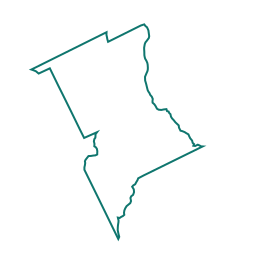 Primavera de Rondônia, Rondônia, Brazil, rotated 334°
{"feature_id": "56859067B52745918565634", "entity_name": "Primavera de Rondônia", "entity_type": "district", "adm_level": 2, "iso_a3": "BRA", "parent_name": "Brazil", "parent_adm1": "Rondônia", "projection": "albers", "projection_center": [-61.3, -11.908], "detail": "fine", "context": "isolated", "style": "outline", "palette": "teal", "viewbox_px": 256, "rotation_deg": 334, "n_neighbors": 0, "source": "geoboundaries", "source_scale": "gbopen_adm2", "svg_char_len": 1791}
<svg xmlns="http://www.w3.org/2000/svg" viewBox="0 0 256 256"><g transform="rotate(334 128 128)"><path d="M71.6,39.9L83.9,40.1L83.9,59.7L84.0,69.2L84.1,88.6L84.1,98.2L84.1,107.9L84.2,117.7L98.3,118.2L96.0,119.4L95.3,120.9L94.4,122.4L92.9,123.2L91.5,125.0L90.9,127.6L89.7,129.7L90.6,131.1L90.9,133.0L90.3,135.3L88.7,138.3L86.7,138.3L84.6,137.5L82.5,136.9L80.2,135.9L77.7,137.1L75.9,138.0L74.7,139.0L74.2,140.7L72.9,142.6L71.6,144.2L70.5,146.5L70.6,177.9L70.6,223.5L72.4,222.0L73.0,219.0L74.0,215.2L75.3,212.8L76.3,211.1L78.1,208.5L78.9,207.1L79.6,204.1L81.0,205.2L82.9,204.9L84.8,204.9L86.6,204.4L87.2,202.5L88.6,200.5L90.3,199.0L92.5,197.6L97.1,196.5L98.7,195.0L99.5,192.0L100.9,190.8L103.3,190.3L105.3,188.3L106.3,185.7L106.0,182.6L107.6,181.9L109.8,181.7L111.7,180.3L113.6,179.1L115.1,177.7L121.4,177.5L187.0,177.3L185.6,176.5L184.6,175.0L183.4,173.6L180.5,173.6L179.0,172.6L180.3,171.4L179.6,169.7L180.1,167.4L179.4,164.5L179.4,162.0L179.5,160.2L178.0,158.0L177.1,156.5L175.4,154.6L174.0,153.4L174.0,150.0L174.7,147.9L173.1,143.7L172.5,140.9L171.8,138.7L171.6,136.6L172.2,134.2L171.6,132.6L171.7,131.0L170.5,130.0L170.8,127.9L168.3,127.0L165.9,126.4L163.6,125.0L162.5,123.4L162.4,120.4L162.1,118.3L161.2,116.0L161.8,114.6L163.0,112.7L163.1,110.2L162.5,108.0L162.6,106.1L162.3,104.1L162.3,102.5L163.0,99.2L163.5,97.0L163.8,95.4L164.2,92.9L165.7,89.5L168.4,87.1L170.3,85.5L171.3,84.3L172.2,82.7L173.4,79.8L173.9,77.9L174.0,75.5L173.8,73.2L174.1,71.6L174.6,69.8L176.0,66.8L177.0,64.4L177.7,62.9L179.8,60.0L181.2,58.7L182.6,58.1L186.1,56.3L187.3,54.8L188.2,52.0L189.1,49.3L189.2,47.5L189.2,45.7L188.4,44.1L188.0,42.0L184.5,41.5L147.9,41.8L148.4,38.9L148.9,37.2L149.5,34.7L150.7,32.5L66.8,33.1L68.3,34.6L70.1,36.6L70.9,38.4L71.6,39.9Z" fill="none" stroke="#0f766e" stroke-width="2"/></g></svg>